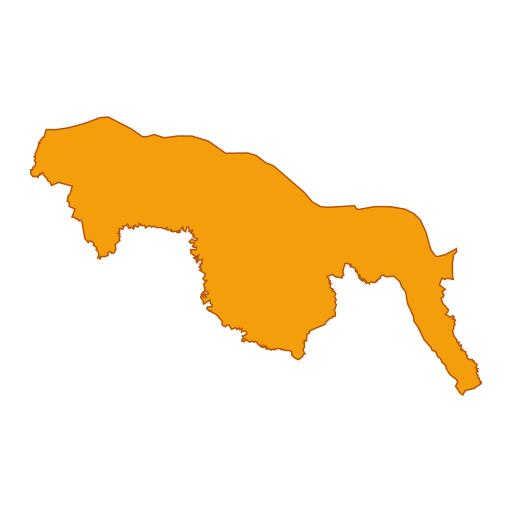 outline of Mueang Bueng Kan, Bueng Kan, Thailand
{"feature_id": "78962969B58196939194054", "entity_name": "Mueang Bueng Kan", "entity_type": "district", "adm_level": 2, "iso_a3": "THA", "parent_name": "Thailand", "parent_adm1": "Bueng Kan", "projection": "robinson", "projection_center": [103.635, 18.285], "detail": "fine", "context": "isolated", "style": "filled", "palette": "amber", "viewbox_px": 512, "rotation_deg": 0, "n_neighbors": 0, "source": "geoboundaries", "source_scale": "gbopen_adm2", "svg_char_len": 6031}
<svg xmlns="http://www.w3.org/2000/svg" viewBox="0 0 512 512"><path d="M456.4,248.7L445.7,254.5L438.2,256.5L435.3,256.0L430.8,249.6L425.7,231.5L420.3,220.0L414.1,213.8L405.2,209.2L390.3,206.7L375.0,206.6L359.0,209.4L356.5,208.9L354.8,206.0L353.2,205.8L327.8,207.3L320.4,206.6L312.2,201.8L304.4,192.6L276.1,168.0L272.8,165.5L266.0,162.9L256.4,155.6L247.9,153.0L225.6,153.3L208.5,141.2L192.1,136.1L178.2,136.0L164.1,137.8L154.0,134.5L147.3,136.7L142.4,136.7L131.7,129.2L108.4,117.1L100.2,117.6L84.4,123.5L67.4,128.0L55.4,129.7L46.2,129.5L44.1,137.1L43.0,137.1L39.6,141.7L39.8,143.2L38.9,142.8L38.3,146.4L35.0,154.5L35.2,155.9L33.9,156.9L35.4,158.5L34.5,161.2L35.8,162.7L35.0,166.1L33.0,167.2L32.8,169.5L30.7,169.8L31.1,174.4L33.1,176.6L36.5,176.4L38.2,177.3L38.2,175.6L39.8,175.4L39.7,174.0L41.1,174.3L42.1,172.7L42.4,173.5L43.4,173.4L43.9,175.3L47.5,179.3L47.6,180.7L50.0,182.0L51.4,185.5L58.4,182.4L72.3,186.1L69.8,194.4L68.1,195.9L67.2,201.2L69.2,202.3L69.2,206.5L75.0,209.0L72.0,217.2L74.5,217.4L76.1,219.0L77.5,218.8L79.0,220.9L80.6,220.3L81.9,221.5L84.9,238.6L88.2,242.5L89.1,241.3L91.4,241.3L93.4,242.8L94.0,244.1L93.4,245.1L97.0,247.9L96.0,249.7L97.5,250.9L98.8,254.0L98.0,257.8L98.8,257.1L99.9,258.9L100.7,258.5L100.6,256.5L105.8,256.6L107.2,255.2L108.1,255.5L107.9,253.1L108.9,252.0L110.4,251.5L111.6,253.5L113.8,253.0L115.8,249.6L115.3,244.4L119.9,240.4L119.0,238.8L120.0,236.8L119.2,236.0L119.9,235.8L119.1,234.6L119.7,233.7L118.2,233.4L119.4,232.8L118.5,232.0L119.7,231.1L119.2,228.5L122.8,229.3L123.5,227.8L122.9,226.3L126.5,225.6L127.2,224.1L128.8,225.6L127.9,226.8L128.8,228.1L129.9,228.5L131.4,226.8L133.5,229.1L134.2,227.8L133.7,225.9L135.2,226.1L135.5,225.3L137.7,227.2L139.0,225.5L138.9,223.4L140.8,224.3L140.9,225.6L144.7,225.4L145.5,227.9L149.1,225.6L151.7,227.2L153.9,226.1L156.4,227.6L160.9,227.4L164.2,228.9L166.9,227.7L166.3,229.5L167.4,230.0L171.3,229.8L171.9,230.4L171.0,231.1L172.6,231.8L178.3,230.9L177.1,232.4L178.2,232.8L178.4,232.1L180.2,232.1L180.1,230.1L182.5,227.0L183.2,227.7L182.8,230.1L185.6,231.8L187.0,227.0L188.1,226.9L189.4,229.5L188.9,231.4L192.2,230.1L192.4,231.3L190.6,232.9L194.1,234.7L192.9,235.7L193.3,237.2L197.5,238.9L196.0,241.0L191.8,239.1L189.2,241.8L190.6,243.2L194.1,242.6L194.3,244.8L192.5,245.6L192.6,246.5L193.9,247.4L196.5,246.8L196.2,249.7L190.6,249.6L191.0,253.3L196.0,256.9L193.8,257.9L195.6,259.1L196.8,256.4L198.7,255.0L197.6,258.2L198.1,260.4L196.8,259.8L196.1,261.2L196.9,262.7L198.6,260.2L202.5,259.5L201.5,261.7L202.2,263.8L200.1,264.0L200.8,266.3L199.8,266.1L199.2,267.1L201.5,269.2L199.6,270.1L205.1,273.7L205.0,275.8L202.9,278.5L204.9,280.8L206.6,280.6L203.7,284.2L204.8,287.9L204.4,291.3L207.7,291.5L208.3,294.0L205.9,294.1L203.0,292.0L201.4,294.3L205.5,295.6L206.3,297.2L204.3,297.3L201.6,295.4L200.6,297.4L203.1,300.8L203.5,304.1L210.1,300.0L210.4,303.3L212.1,305.0L212.0,306.7L207.7,306.8L206.7,308.5L209.6,311.4L211.0,310.5L211.7,312.2L216.3,314.5L222.4,321.5L221.9,324.3L223.8,326.0L225.6,326.8L226.2,325.5L228.7,324.8L231.6,329.4L235.5,327.6L237.0,329.6L239.0,328.0L239.8,329.8L241.7,328.6L241.5,332.0L244.6,330.7L245.8,331.7L246.9,333.1L246.4,334.4L242.3,336.1L243.2,337.0L243.1,338.7L242.0,339.5L241.7,340.9L243.7,341.8L245.5,340.5L245.2,339.1L249.7,342.2L252.2,341.0L254.1,342.3L255.7,341.4L259.8,345.9L261.6,345.4L261.4,347.1L263.0,347.4L263.6,346.0L264.5,347.0L265.4,345.8L266.5,346.9L265.8,348.1L267.6,348.3L267.0,349.1L269.1,348.8L271.2,350.1L273.1,348.9L274.3,350.0L275.8,348.9L278.7,348.6L280.8,348.8L281.2,349.8L283.6,349.2L284.1,350.4L290.1,350.6L291.7,351.8L291.8,355.2L295.2,358.3L298.5,359.6L302.3,356.8L303.8,353.9L304.9,354.0L303.1,350.1L303.4,348.2L304.4,347.6L304.4,342.7L303.5,342.6L304.7,341.7L304.4,340.1L306.5,340.8L307.0,333.8L308.5,333.7L309.6,332.6L309.3,331.4L311.2,330.1L324.9,324.4L326.0,322.0L329.9,318.4L332.2,317.8L333.0,316.4L335.0,316.5L335.4,313.1L334.5,310.4L336.3,304.7L334.7,301.8L336.3,300.1L334.5,296.8L335.8,294.0L334.5,291.7L332.4,291.3L333.2,289.7L332.3,289.7L332.5,288.7L330.1,287.8L330.6,284.4L329.9,283.9L330.7,283.5L329.4,283.1L330.0,282.2L329.2,281.5L330.2,280.9L328.8,279.7L328.9,278.3L327.2,277.2L327.3,276.4L332.3,274.5L335.6,276.9L342.2,277.9L342.2,276.0L343.8,275.2L342.8,271.8L343.9,267.4L345.2,263.4L346.1,263.3L349.9,264.1L349.8,265.2L351.0,264.7L350.5,266.9L352.3,266.8L355.3,268.5L355.5,271.0L356.1,270.7L356.2,271.9L357.2,271.4L357.5,273.6L359.5,275.0L358.8,275.5L359.4,275.5L360.3,276.7L359.1,276.7L359.1,278.3L360.0,278.7L360.4,277.9L360.2,278.9L361.3,278.9L361.3,280.1L362.5,279.4L362.6,280.4L363.3,279.3L363.3,280.3L364.8,279.7L364.4,281.2L365.7,281.2L365.6,282.4L366.2,281.7L366.8,283.2L367.4,282.6L369.3,283.7L369.2,282.9L371.8,281.7L373.7,282.7L375.8,282.1L376.6,280.5L377.5,280.8L377.7,279.6L380.1,278.5L380.5,276.4L383.1,275.1L386.5,276.8L393.8,276.2L399.6,281.3L401.9,287.1L405.6,291.7L407.6,303.7L413.4,316.4L413.9,321.1L418.1,327.1L424.1,339.8L430.5,346.8L432.2,350.4L434.7,351.1L436.3,352.8L437.5,356.5L440.5,358.4L442.1,362.4L445.7,365.5L446.1,368.4L449.8,374.4L456.5,379.6L457.7,381.9L455.6,386.3L460.1,393.1L462.8,394.9L465.2,390.6L474.1,388.4L481.0,383.7L481.3,382.7L480.3,382.5L480.9,381.4L479.7,380.6L479.1,378.0L477.9,377.5L477.9,374.9L476.4,373.8L476.9,371.4L477.6,371.5L476.9,370.5L477.6,370.2L476.7,369.2L477.7,368.5L475.6,367.6L477.1,365.2L476.4,363.8L474.1,362.4L473.9,360.9L472.4,360.9L472.4,359.5L469.1,359.5L466.9,357.5L467.3,355.5L465.6,354.0L465.9,351.9L462.4,350.4L462.7,349.4L461.8,349.6L461.9,350.3L460.7,349.6L461.4,345.5L460.9,344.9L460.6,345.8L459.3,345.7L458.6,344.1L459.3,342.1L457.3,342.5L457.0,340.3L454.1,336.2L452.4,330.9L453.7,328.5L453.9,325.8L455.1,324.5L454.2,322.0L455.5,320.3L454.2,319.0L452.6,319.0L454.1,316.9L452.8,315.6L451.2,316.9L449.7,316.8L445.3,314.1L447.5,312.5L448.5,309.9L442.8,303.4L441.1,298.4L443.4,296.7L444.0,294.9L441.9,291.9L445.3,289.4L439.4,284.9L441.9,278.1L444.7,279.5L447.1,278.2L453.4,279.4L452.6,276.9L452.3,262.6L453.5,257.7L453.0,255.4L456.5,252.0L456.4,248.7Z" fill="#f59e0b" stroke="#b45309" stroke-width="1.5"/></svg>